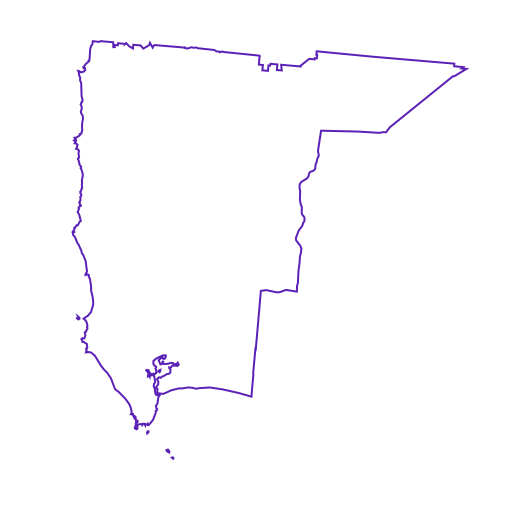 outline of Augusta Margaret River, Western Australia, Australia, rotated 5°
{"feature_id": "25037944B11828737752872", "entity_name": "Augusta Margaret River", "entity_type": "district", "adm_level": 2, "iso_a3": "AUS", "parent_name": "Australia", "parent_adm1": "Western Australia", "projection": "natural_earth1", "projection_center": [115.105, -34.115], "detail": "fine", "context": "isolated", "style": "outline", "palette": "violet", "viewbox_px": 512, "rotation_deg": 5, "n_neighbors": 0, "source": "geoboundaries", "source_scale": "gbopen_adm2", "svg_char_len": 5895}
<svg xmlns="http://www.w3.org/2000/svg" viewBox="0 0 512 512"><g transform="rotate(5 256 256)"><path d="M74.7,56.2L74.5,59.6L73.4,61.1L72.8,64.4L73.0,75.3L72.3,75.8L72.7,76.5L69.9,79.3L68.7,81.1L68.1,82.7L67.5,82.9L67.9,83.9L68.9,83.6L69.4,84.0L69.6,85.8L68.3,87.4L65.5,88.3L63.8,87.2L62.7,87.1L63.6,88.8L63.9,91.0L65.4,93.9L65.3,96.0L66.8,99.1L68.3,111.9L69.7,115.9L69.3,117.8L68.9,117.8L68.1,120.4L69.2,121.9L69.3,123.6L69.7,124.6L68.9,127.4L69.3,128.8L71.0,131.1L71.7,134.3L71.3,137.6L71.4,142.7L72.0,146.0L71.4,147.7L71.6,148.6L70.8,149.7L69.9,149.9L70.2,150.6L69.8,151.3L67.8,152.9L66.5,153.8L64.9,154.0L65.3,155.1L65.9,155.4L65.3,156.1L66.2,155.9L66.6,156.5L66.6,156.9L65.5,157.3L66.3,158.0L65.6,159.5L66.9,159.5L68.5,160.8L68.2,161.3L68.3,163.3L67.4,164.9L69.7,165.5L70.5,166.7L70.2,169.1L71.2,173.2L70.0,174.7L71.0,176.3L72.4,180.6L74.1,182.3L73.6,183.7L74.3,184.5L76.0,188.5L76.5,191.1L75.9,195.6L76.4,198.4L76.3,200.3L76.9,203.4L76.2,204.5L76.3,205.8L75.3,207.4L75.6,207.8L75.6,208.9L76.4,209.5L76.7,210.9L76.3,212.0L75.8,212.4L76.3,215.7L75.2,218.0L75.9,218.5L75.9,219.6L77.2,221.1L76.7,221.7L76.0,221.7L75.2,222.9L75.0,223.6L75.6,224.3L74.5,227.8L76.2,230.0L78.4,236.4L77.2,237.4L76.0,240.6L75.3,241.2L74.7,241.0L73.7,242.8L72.6,243.6L72.5,244.0L73.0,244.4L72.2,246.1L72.4,247.2L71.3,247.6L71.2,248.1L72.5,248.3L71.7,249.0L71.7,250.2L72.6,251.7L73.9,252.8L77.0,258.7L78.3,260.2L81.5,265.9L82.4,268.6L83.8,270.0L86.8,276.0L89.0,286.3L88.3,287.5L88.5,288.8L87.9,288.9L87.8,289.8L89.9,289.0L91.1,289.5L91.1,290.6L92.7,293.8L94.3,300.3L94.8,304.9L96.8,311.0L97.9,316.2L98.0,318.9L96.5,326.2L93.9,330.0L89.7,333.4L92.0,335.2L93.0,336.7L94.0,339.4L94.1,340.7L93.8,341.6L94.3,342.2L94.4,343.3L93.3,345.0L93.5,345.7L93.1,346.5L92.1,347.0L92.9,349.7L92.4,352.3L92.0,353.1L90.2,353.0L89.3,354.1L90.5,355.6L90.6,356.7L91.8,356.7L95.1,358.3L95.9,362.0L94.9,363.1L95.4,363.5L95.1,366.1L95.5,365.7L95.6,366.6L96.0,366.8L97.1,366.3L100.2,366.5L104.3,369.5L111.3,379.0L114.1,382.0L118.0,385.3L122.1,390.4L127.2,400.9L131.1,403.4L137.9,409.2L142.4,414.3L144.1,417.2L145.5,421.2L145.7,423.7L145.2,424.5L145.8,424.6L146.3,423.7L146.7,423.8L147.1,424.7L147.4,424.5L148.1,426.5L148.4,426.0L149.4,426.3L149.5,428.0L150.1,427.4L150.7,430.1L152.4,430.5L152.5,431.4L151.5,431.5L150.8,432.1L150.9,432.8L151.5,432.9L150.9,433.9L150.7,437.0L150.1,437.4L150.4,438.3L151.0,438.6L151.4,438.3L152.1,439.0L152.7,438.6L153.0,437.7L152.6,436.0L152.8,434.3L156.0,433.4L156.7,433.8L157.0,433.5L157.4,434.3L158.0,433.1L159.1,432.8L160.4,434.5L160.6,433.1L162.1,433.5L162.7,432.6L163.2,433.9L164.0,433.7L167.7,428.2L169.5,421.9L169.8,420.2L169.6,419.0L170.5,418.5L170.8,417.7L170.9,417.1L170.1,416.5L169.4,413.9L170.7,411.6L171.0,405.8L171.2,404.6L172.4,402.9L172.4,402.1L172.0,401.8L171.8,402.7L171.3,403.0L169.3,403.1L168.6,403.0L167.8,402.0L167.7,401.0L167.0,399.5L167.2,398.2L165.4,394.5L165.6,392.4L166.6,390.4L165.2,385.0L164.2,383.8L162.4,383.8L161.9,384.2L161.1,383.9L160.6,384.5L160.6,385.6L159.9,384.6L158.8,385.4L158.7,384.5L159.4,383.2L159.3,382.7L158.5,381.8L157.9,379.9L157.0,379.9L156.6,379.6L156.8,379.2L156.2,379.1L158.7,379.0L160.4,381.8L161.7,382.6L162.8,382.9L164.0,382.2L164.9,382.9L165.4,382.8L165.9,381.7L167.0,381.1L166.3,377.9L165.6,376.7L166.3,375.4L166.1,374.9L164.5,374.1L163.1,372.3L163.0,369.4L165.7,366.7L172.2,363.0L174.8,362.9L175.0,363.7L174.2,366.1L173.2,366.6L172.1,366.1L172.0,365.4L171.0,365.3L168.1,368.3L170.3,372.3L170.8,372.2L172.1,370.8L172.3,369.6L171.5,368.9L172.8,369.4L172.2,371.1L172.8,371.6L177.2,371.2L180.4,369.9L182.6,369.9L182.8,370.6L183.8,371.1L186.5,370.3L187.3,369.1L188.5,371.0L187.3,372.4L184.2,372.2L181.9,372.8L180.9,374.5L179.2,374.5L179.3,375.2L180.7,376.7L180.8,379.5L180.1,380.6L177.0,381.7L175.4,383.1L172.8,384.4L171.7,385.7L170.1,385.3L168.1,387.3L169.6,389.6L169.8,392.2L167.9,395.6L169.5,397.2L169.4,399.2L169.7,400.9L170.2,401.3L175.8,401.4L183.7,397.0L190.9,394.6L194.3,394.3L199.8,392.9L204.2,392.8L207.8,393.5L210.9,392.6L221.6,391.0L234.4,391.8L250.8,394.0L263.7,396.5L263.7,374.7L263.4,372.4L263.5,348.6L263.9,348.8L263.9,290.3L269.2,289.1L280.1,290.4L283.0,289.9L288.7,287.2L299.8,287.9L299.5,282.3L300.1,278.9L299.6,267.2L300.0,258.7L299.8,252.3L300.5,249.0L300.5,244.5L299.2,241.9L294.7,237.0L294.1,234.8L296.3,227.0L299.5,221.9L300.1,219.0L301.1,217.1L301.2,214.8L300.6,212.9L298.3,210.6L297.8,209.3L297.4,203.3L296.0,200.5L294.8,196.0L294.4,187.8L293.4,184.1L293.3,180.8L294.0,179.2L294.9,178.1L300.0,174.3L301.3,172.2L301.7,169.2L302.6,167.6L306.1,165.8L307.4,163.9L307.4,159.4L308.2,157.5L308.5,154.2L309.8,150.6L308.6,145.7L309.9,125.5L347.5,123.1L368.0,122.6L371.6,121.6L374.8,121.4L378.1,116.1L436.4,59.9L438.2,59.4L449.3,51.3L444.6,51.3L446.1,49.8L436.8,49.7L436.8,47.1L355.7,47.3L298.6,46.8L298.6,50.3L299.4,50.3L299.4,53.8L297.3,53.8L297.3,55.0L291.8,55.0L283.9,62.5L284.0,63.3L264.4,63.3L265.5,68.9L260.6,68.9L260.6,63.3L253.7,63.3L253.4,65.1L251.8,65.1L251.8,70.5L246.2,70.5L246.2,65.1L242.2,65.1L242.1,58.0L242.4,57.0L242.1,56.1L206.1,55.6L204.5,55.2L202.1,56.2L201.6,55.6L198.8,55.6L196.6,54.4L180.3,54.1L178.1,53.5L175.9,54.0L173.2,53.7L170.4,55.1L168.6,55.3L167.2,54.5L167.0,55.0L165.6,54.6L136.6,54.7L135.4,55.9L134.9,57.4L131.8,52.9L131.2,55.3L125.7,59.2L122.7,56.3L115.4,56.3L115.3,60.0L111.2,58.0L108.1,55.2L106.9,56.5L106.9,56.1L100.0,56.1L100.0,58.1L96.8,58.1L97.1,60.2L95.7,60.4L95.1,55.5L82.5,55.5L80.9,56.4L74.7,56.2ZM185.8,457.6L186.0,457.2L185.2,456.5L183.8,457.0L183.9,457.9L184.7,458.5L186.0,459.0L186.3,458.7L186.7,459.1L186.8,458.5L185.8,457.6ZM83.1,333.7L84.6,334.7L85.6,333.9L85.5,332.9L83.7,331.6L84.3,332.9L83.1,333.7ZM168.8,379.5L170.1,380.2L170.7,378.9L170.7,377.7L169.2,378.5L168.8,379.5ZM163.1,442.2L164.2,441.0L164.1,439.1L163.8,440.2L162.8,441.1L163.1,442.2ZM190.0,464.1L190.5,464.3L190.6,465.0L191.1,465.2L191.4,464.6L190.6,463.8L190.0,464.1Z" fill="none" stroke="#5b21b6" stroke-width="2"/></g></svg>